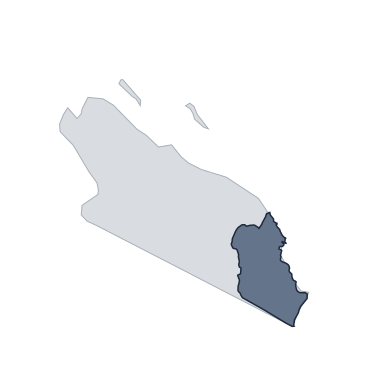 Toledo highlighted on a map of Belize, rotated 295°
{"feature_id": "BLZ-1356", "entity_name": "Toledo", "entity_type": "District", "adm_level": 1, "iso_a3": "BLZ", "parent_name": "Belize", "parent_adm1": "", "projection": "albers", "projection_center": [-88.761, 16.286], "detail": "fine", "context": "in_parent", "style": "filled", "palette": "slate", "viewbox_px": 384, "rotation_deg": 295, "n_neighbors": 0, "source": "natural_earth", "source_scale": "10m", "svg_char_len": 3362}
<svg xmlns="http://www.w3.org/2000/svg" viewBox="0 0 384 384"><g transform="rotate(295 192 192)"><path d="M121.3,119.2L121.2,109.2L124.4,101.3L133.5,98.0L145.2,104.9L150.1,107.8L154.5,106.2L160.1,102.0L167.0,89.8L184.1,64.7L191.0,46.9L197.7,43.3L207.4,42.7L215.8,43.8L210.0,56.8L215.8,58.5L221.1,57.3L233.8,57.7L238.8,72.0L237.5,84.0L225.6,115.6L224.1,126.5L218.6,142.7L226.1,153.4L219.2,167.7L216.8,176.8L216.3,190.7L219.9,216.9L214.3,254.9L204.3,271.4L198.1,277.7L187.0,294.2L172.3,299.1L152.0,325.6L148.4,332.6L150.4,340.1L145.6,340.2L126.2,338.9L113.0,340.3L112.5,339.6L113.6,311.1L115.4,267.0L116.7,234.6L118.0,203.0L118.9,179.3L120.2,147.1L121.3,119.2ZM253.6,106.5L248.4,108.6L252.7,102.0L253.3,97.7L259.2,80.0L263.5,80.1L264.6,81.7L253.6,106.5ZM264.5,164.0L256.2,180.1L255.6,175.5L259.1,163.6L263.8,159.4L266.7,155.0L267.4,149.8L271.5,152.4L270.5,157.5L264.5,164.0Z" fill="#d9dde1" stroke="#a8b0b8" stroke-width="1"/><path d="M113.5,341.2L112.6,339.7L112.6,338.2L112.9,332.7L115.7,306.1L117.5,282.4L118.7,280.6L119.3,279.8L119.9,279.2L120.6,278.3L120.9,277.8L121.1,277.3L121.2,276.7L121.3,276.5L121.6,276.0L122.1,275.4L122.6,275.1L126.5,273.5L127.9,273.4L128.4,273.3L129.1,273.0L131.0,272.8L131.7,272.4L132.6,271.8L134.8,269.6L135.5,268.8L135.8,268.6L136.3,268.8L136.7,269.1L137.0,269.4L137.8,270.2L138.1,270.4L138.6,270.4L139.2,270.3L143.6,268.6L144.0,268.3L143.9,267.3L143.9,266.9L144.4,266.2L144.9,265.8L145.5,265.3L146.7,264.8L147.4,264.6L147.9,264.7L148.6,264.5L149.6,263.9L152.5,261.7L153.3,261.2L154.2,261.0L154.7,260.8L156.4,259.4L158.7,257.1L159.0,255.9L158.9,255.3L158.4,253.4L158.5,252.9L158.8,252.4L160.0,250.9L160.6,250.2L160.9,249.9L161.8,249.5L163.6,249.4L166.8,248.3L175.1,248.1L177.5,248.4L179.2,248.8L183.0,250.9L183.5,251.4L183.9,252.0L184.2,252.9L184.5,253.4L184.5,253.9L184.5,254.4L184.0,255.4L184.1,256.0L184.6,256.6L185.9,258.1L186.3,258.7L186.6,259.2L186.8,259.6L187.2,260.1L187.4,260.6L187.7,261.0L188.1,261.9L188.3,262.4L188.4,262.9L188.3,263.3L188.2,264.0L188.0,265.9L188.0,266.3L187.9,266.7L187.7,267.2L187.5,267.5L187.3,268.0L188.0,268.2L192.5,268.9L193.1,268.8L193.5,268.7L197.8,269.0L198.3,269.0L199.4,269.0L200.0,269.1L200.5,269.2L202.8,268.8L203.9,268.9L204.3,269.0L204.6,269.9L205.9,270.4L206.3,271.2L204.2,272.8L202.0,277.3L199.9,278.3L199.7,278.9L199.5,281.6L199.6,282.2L198.9,282.6L198.3,282.6L198.0,282.4L198.0,282.2L197.3,282.7L197.1,282.9L196.9,283.2L196.5,283.8L195.1,287.2L194.6,287.8L193.8,288.3L190.9,292.1L190.6,292.7L190.1,294.2L189.8,294.8L189.7,295.1L189.9,296.1L189.8,296.4L189.5,296.5L188.6,296.3L188.3,296.4L187.8,296.7L186.5,297.0L186.0,297.3L185.7,297.7L185.2,299.5L185.2,294.8L184.5,294.8L183.7,297.3L182.2,297.6L180.6,296.7L180.0,295.2L179.5,294.5L178.6,294.5L177.7,294.6L177.3,294.8L177.1,295.2L177.2,297.2L176.9,298.0L176.1,298.2L172.4,298.8L171.7,299.2L171.2,299.7L170.4,300.2L168.9,300.4L167.4,301.1L166.9,302.9L167.2,307.4L166.8,309.8L165.7,311.5L164.2,312.6L162.2,312.9L161.7,313.2L161.0,314.0L160.5,314.8L160.0,316.8L159.3,317.4L158.4,317.8L157.3,318.4L156.1,319.5L155.5,320.1L155.0,320.8L154.8,322.0L154.9,323.3L154.6,324.3L151.7,325.1L149.8,326.3L147.9,327.8L146.7,329.4L146.3,332.2L148.6,337.0L148.2,339.7L144.0,341.3L134.2,338.8L130.7,338.8L127.6,339.4L119.1,338.9L117.1,339.8L116.1,339.8L114.8,340.3L113.7,340.8L113.5,341.2Z" fill="#64748b" stroke="#1e293b" stroke-width="1.5"/></g></svg>